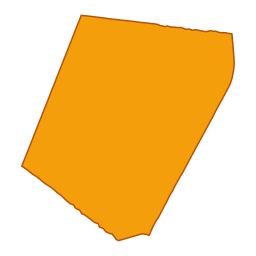 Phaya Thai, Bangkok Metropolis, Thailand
{"feature_id": "78962969B58585163382090", "entity_name": "Phaya Thai", "entity_type": "district", "adm_level": 2, "iso_a3": "THA", "parent_name": "Thailand", "parent_adm1": "Bangkok Metropolis", "projection": "orthographic", "projection_center": [100.545, 13.78], "detail": "fine", "context": "isolated", "style": "filled", "palette": "amber", "viewbox_px": 256, "rotation_deg": 0, "n_neighbors": 0, "source": "geoboundaries", "source_scale": "gbopen_adm2", "svg_char_len": 4022}
<svg xmlns="http://www.w3.org/2000/svg" viewBox="0 0 256 256"><path d="M81.2,15.4L80.9,16.2L80.8,16.6L80.4,17.5L79.2,20.6L77.0,26.1L74.9,31.5L72.8,36.8L70.7,42.1L68.4,48.0L66.0,54.1L64.1,58.7L62.0,64.2L59.5,70.6L56.9,77.1L54.7,82.9L51.8,90.0L49.6,95.8L47.8,100.4L44.8,107.9L42.5,113.8L40.3,119.3L37.7,125.9L35.2,132.2L33.2,137.3L31.8,140.9L29.8,146.0L28.1,150.3L26.4,154.5L24.0,160.5L21.8,166.1L22.4,166.5L23.1,167.0L24.5,168.0L25.5,168.7L26.9,169.5L28.0,170.4L30.6,172.7L31.3,173.2L32.0,173.7L32.8,174.3L33.9,175.0L35.1,175.8L35.4,176.0L36.7,176.5L36.8,176.6L37.1,177.0L37.4,177.4L37.7,177.6L38.7,178.3L39.6,179.0L40.3,179.5L40.5,179.7L42.4,181.5L43.0,182.0L43.6,182.4L46.6,184.5L48.0,185.4L50.9,187.3L51.5,187.7L52.1,188.2L54.9,190.5L56.5,192.0L57.4,192.9L57.6,193.1L57.8,193.2L59.4,194.1L59.7,194.3L59.8,194.4L60.0,194.5L61.6,195.9L65.5,199.7L68.4,202.2L68.5,202.3L69.0,202.7L69.8,203.4L70.3,203.7L70.8,204.0L71.0,204.0L72.2,204.3L72.3,204.4L73.5,205.1L73.8,205.3L74.0,205.5L74.2,205.8L74.7,207.0L75.2,207.7L75.3,207.9L75.4,208.0L75.6,208.2L75.7,208.3L75.9,208.4L77.0,208.9L77.2,209.1L78.2,209.5L78.8,209.7L79.0,209.7L79.2,209.8L79.3,209.8L79.4,210.0L79.8,210.4L81.6,213.5L81.8,213.7L81.9,213.8L82.0,213.9L82.4,214.0L83.5,214.4L84.0,214.6L85.1,215.2L85.5,215.4L85.9,215.8L86.7,216.4L87.0,216.7L89.7,218.6L89.9,218.8L90.3,219.1L91.0,219.5L92.6,221.0L93.7,221.8L94.1,222.0L95.5,222.9L95.7,223.0L96.0,223.0L96.4,223.1L97.3,223.2L97.6,223.3L97.9,223.4L98.0,223.5L98.2,223.8L98.3,224.0L98.5,224.3L98.9,225.6L99.1,226.0L99.2,226.4L99.3,226.9L99.4,227.0L99.5,227.2L99.7,227.3L100.4,227.5L102.5,228.1L102.9,228.3L103.1,228.4L103.3,228.6L103.5,228.7L103.6,228.9L103.7,229.1L103.8,229.2L104.0,229.5L104.5,230.2L105.2,231.0L105.5,231.4L105.9,231.6L106.6,232.1L107.0,232.3L107.3,232.5L107.6,232.6L107.9,232.7L109.8,233.5L110.3,233.7L110.6,233.8L111.0,233.9L111.8,233.9L111.9,234.0L112.1,234.0L113.0,235.1L113.6,235.8L113.9,236.1L114.2,236.5L115.4,238.1L115.9,239.1L116.1,239.3L116.3,239.5L118.6,240.6L132.3,236.6L140.3,234.3L140.9,234.1L142.6,233.9L145.0,234.1L146.5,234.4L149.2,235.3L152.7,227.1L155.7,221.4L158.7,216.9L159.6,215.3L163.5,207.5L164.6,205.5L166.4,202.3L170.1,194.7L170.5,194.0L171.2,193.0L172.5,191.1L173.0,190.1L174.0,187.9L175.5,185.0L176.2,183.9L177.0,182.2L178.4,179.8L178.8,179.0L183.1,171.8L184.5,169.1L187.8,162.9L190.5,157.9L195.0,149.6L196.0,147.6L199.3,141.7L203.3,134.2L205.0,131.1L212.8,116.8L213.5,115.2L217.5,107.6L218.7,105.3L220.9,101.4L221.2,100.9L223.8,96.1L227.9,88.5L229.9,84.5L230.4,83.3L232.1,78.0L233.6,70.1L233.9,67.2L234.2,62.8L233.8,56.4L233.6,53.1L233.1,48.3L233.1,47.8L233.1,47.7L232.8,43.4L232.5,40.8L232.2,36.8L232.0,35.0L232.0,34.5L231.9,33.9L230.3,33.7L228.0,33.3L227.2,33.1L226.9,33.0L226.4,32.9L226.2,32.8L225.9,32.8L220.5,32.7L220.0,32.6L219.7,32.6L219.4,32.5L216.3,31.4L215.7,31.2L215.2,31.2L213.8,31.3L213.6,31.3L213.4,31.3L213.0,31.2L211.5,30.9L210.9,30.8L210.5,30.7L210.3,30.7L210.2,30.7L209.8,30.8L209.7,30.8L207.2,31.4L206.9,31.5L206.2,31.5L205.5,31.5L204.8,31.5L204.5,31.4L204.4,31.4L203.8,31.4L202.7,31.1L201.4,30.9L199.1,30.4L196.6,29.8L195.8,29.7L194.7,29.8L193.1,30.2L192.9,30.2L192.7,30.2L192.2,30.1L190.6,29.6L189.8,29.3L189.4,29.1L188.9,29.1L188.6,29.1L188.3,29.1L187.4,29.1L187.1,29.1L186.7,29.2L186.6,29.3L186.2,29.3L185.9,29.3L185.6,29.3L185.4,29.2L185.2,29.1L184.9,29.0L184.5,28.8L184.3,28.8L182.5,27.9L181.8,27.7L181.3,27.6L181.2,27.6L180.2,27.5L178.8,27.6L177.0,27.5L174.5,27.2L174.2,27.2L173.1,27.1L171.0,27.0L170.6,26.9L170.3,26.9L170.2,26.9L169.6,26.8L168.4,26.3L167.8,26.1L167.7,26.1L167.0,26.0L166.8,26.0L166.7,26.1L166.2,26.2L165.9,26.3L165.4,26.4L165.1,26.5L164.9,26.6L164.7,26.6L163.8,26.3L163.1,26.2L162.1,26.0L161.0,25.7L160.0,25.4L158.3,24.7L158.0,24.6L157.9,24.5L157.4,24.4L154.7,23.9L154.4,23.9L154.0,23.8L151.8,23.6L145.0,22.8L141.5,22.5L136.7,21.9L134.1,21.5L133.5,21.4L124.6,20.5L114.5,19.3L114.2,19.3L110.4,18.9L104.0,18.0L97.6,17.2L88.7,16.1L86.9,15.9L85.7,15.8L84.2,15.7L81.2,15.4Z" fill="#f59e0b" stroke="#b45309" stroke-width="1.5"/></svg>